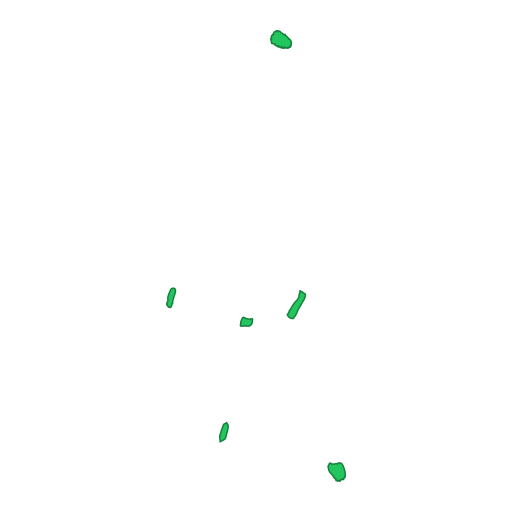 Lulunga, Tonga (Equal Earth projection)
{"feature_id": "48082658B21371704664746", "entity_name": "Lulunga", "entity_type": "district", "adm_level": 2, "iso_a3": "TON", "parent_name": "Tonga", "parent_adm1": "", "projection": "equal_earth", "projection_center": [-174.727, -19.925], "detail": "fine", "context": "isolated", "style": "filled", "palette": "green", "viewbox_px": 512, "rotation_deg": 0, "n_neighbors": 0, "source": "geoboundaries", "source_scale": "gbopen_adm2", "svg_char_len": 3258}
<svg xmlns="http://www.w3.org/2000/svg" viewBox="0 0 512 512"><path d="M272.2,35.4L271.8,35.5L271.5,36.1L271.3,37.0L271.7,37.7L270.8,38.6L270.8,39.0L270.9,39.6L271.4,39.9L271.1,40.3L271.3,41.8L271.5,42.2L271.6,42.8L271.7,43.3L272.1,43.4L272.6,43.5L273.6,43.8L274.2,44.1L274.6,44.7L275.1,44.3L275.4,45.1L277.5,46.5L277.8,45.8L278.2,45.9L278.3,46.8L279.1,47.0L279.3,46.6L279.6,47.0L280.9,47.7L281.1,46.9L281.5,46.8L281.4,47.6L282.3,48.0L282.8,47.5L283.1,47.9L283.6,47.5L283.9,47.6L283.9,48.2L284.9,47.9L284.9,47.3L285.3,47.4L285.5,47.9L287.6,48.2L287.7,47.5L288.0,47.4L288.3,48.0L289.5,47.4L289.4,46.9L289.6,46.7L289.9,47.2L290.5,47.0L291.0,45.7L290.8,44.9L291.1,44.8L291.3,44.1L291.4,42.2L290.4,40.0L289.5,39.4L289.1,38.7L288.6,38.8L288.1,37.9L287.5,37.2L286.4,36.0L285.5,35.7L285.2,34.6L284.2,34.9L284.0,34.3L283.1,34.1L282.4,33.3L281.0,32.9L280.3,31.6L278.8,31.0L277.8,31.5L277.7,30.8L276.8,30.7L276.0,31.3L275.2,31.3L275.0,31.8L274.3,32.0L273.7,33.0L273.4,34.6L272.7,34.4L272.2,35.4ZM328.2,466.0L328.1,466.4L328.3,468.0L328.9,470.4L329.7,472.0L330.3,472.9L331.1,473.5L332.4,474.9L332.4,475.2L333.2,475.9L333.5,477.0L334.0,477.2L334.2,477.9L334.8,478.0L335.1,478.7L335.9,479.0L335.8,479.7L336.1,480.5L336.7,480.4L337.5,480.6L337.5,481.0L338.2,480.6L338.7,480.3L339.5,480.6L339.4,481.2L339.8,481.3L340.5,480.6L341.0,479.8L341.7,479.1L342.2,479.2L342.2,479.5L342.6,479.5L343.0,479.6L343.6,479.5L343.5,478.8L344.0,478.0L344.4,477.5L344.9,477.6L345.1,476.9L344.8,476.7L345.2,475.4L345.3,474.0L345.0,471.8L344.3,469.2L343.8,467.8L343.3,466.4L343.0,465.6L342.2,464.2L341.8,463.9L341.2,463.2L340.0,462.9L338.4,463.0L337.5,463.5L337.1,464.0L336.5,463.8L335.7,463.7L334.0,464.2L333.4,464.1L332.6,464.0L331.9,464.1L331.5,463.7L330.9,463.3L330.1,463.2L329.5,463.2L329.1,464.5L328.4,465.4L328.2,466.0ZM292.1,306.3L290.6,309.1L289.3,310.7L289.0,312.1L287.3,314.8L288.5,316.7L289.8,317.8L291.4,318.4L292.5,318.6L293.4,318.3L294.2,317.3L295.6,315.3L296.9,312.7L297.5,311.0L297.9,310.1L299.6,307.1L301.3,304.2L302.4,302.3L303.8,300.1L304.8,297.9L305.4,295.6L305.3,294.1L301.9,291.8L300.1,290.8L299.0,295.6L298.8,297.2L297.7,299.2L296.5,300.8L295.5,301.6L293.8,303.9L292.1,306.3ZM173.4,288.2L172.3,288.3L171.3,288.8L170.5,289.9L170.1,290.9L169.8,291.7L169.3,292.7L168.8,294.3L168.1,296.1L167.8,297.6L167.8,298.5L167.9,299.9L168.0,300.4L167.4,302.2L167.0,302.5L166.7,303.9L166.7,304.3L166.8,304.9L167.3,305.3L167.9,306.3L168.5,307.1L168.9,307.0L169.8,307.5L170.4,307.4L171.0,307.0L171.4,306.3L171.8,305.0L172.0,304.0L172.3,303.6L172.7,303.0L172.8,302.5L172.7,301.4L173.0,299.7L173.5,298.1L174.1,296.2L174.7,294.7L175.2,292.7L175.5,291.5L175.5,290.5L175.3,289.4L174.5,288.4L173.4,288.2ZM227.0,432.4L227.7,430.0L228.1,427.4L228.2,425.5L227.4,424.0L226.6,422.7L223.6,424.4L222.7,427.1L221.6,429.9L219.6,436.3L220.2,441.7L221.3,441.1L222.5,440.6L223.5,439.9L224.5,439.4L225.5,438.2L226.1,436.1L227.0,432.4ZM242.8,317.6L242.3,318.2L242.1,318.7L241.8,319.3L241.5,320.1L240.9,321.5L240.7,323.4L240.4,325.3L240.5,325.9L240.9,326.2L242.1,326.1L244.2,326.0L248.3,326.1L249.5,325.9L250.5,325.4L251.4,324.5L252.1,323.0L252.4,321.0L252.6,319.3L252.1,318.7L249.1,319.2L247.3,318.8L246.1,318.5L244.2,317.6L243.5,317.3L242.8,317.6Z" fill="#22c55e" stroke="#15803d" stroke-width="1.5"/></svg>